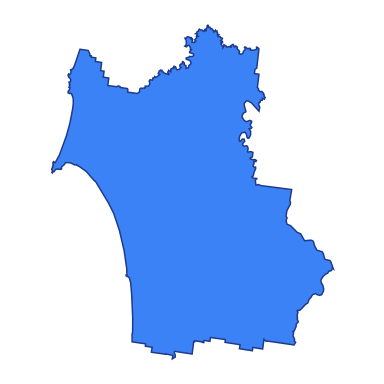 Byron, New South Wales, Australia (Natural Earth projection), rotated 179°
{"feature_id": "25037944B26997804636733", "entity_name": "Byron", "entity_type": "district", "adm_level": 2, "iso_a3": "AUS", "parent_name": "Australia", "parent_adm1": "New South Wales", "projection": "natural_earth1", "projection_center": [153.501, -28.613], "detail": "fine", "context": "isolated", "style": "filled", "palette": "blue", "viewbox_px": 384, "rotation_deg": 179, "n_neighbors": 0, "source": "geoboundaries", "source_scale": "gbopen_adm2", "svg_char_len": 6033}
<svg xmlns="http://www.w3.org/2000/svg" viewBox="0 0 384 384"><g transform="rotate(179 192 192)"><path d="M301.5,336.7L307.4,320.2L309.2,317.0L310.0,316.8L310.2,316.1L311.2,316.3L310.8,314.0L311.7,312.0L312.5,311.4L313.2,312.2L313.9,311.1L313.2,308.8L311.8,307.5L311.2,306.2L311.5,304.7L312.1,304.1L312.5,304.6L312.4,304.1L312.9,304.2L313.1,303.7L312.2,301.7L312.8,301.4L312.4,300.3L313.2,299.0L312.5,298.9L312.2,298.3L313.4,295.2L314.0,295.0L314.1,293.2L312.4,292.5L311.6,292.8L310.7,292.2L309.2,288.0L309.1,283.4L309.8,277.6L312.9,262.9L316.5,250.6L323.8,231.5L328.1,224.0L328.6,223.6L329.8,224.8L330.5,224.1L330.2,221.8L330.5,222.0L330.6,219.8L331.2,219.4L330.9,218.9L331.7,217.8L331.9,216.9L331.0,215.7L331.8,214.0L331.4,213.5L331.1,214.3L329.4,214.8L328.3,216.6L327.1,217.3L322.6,216.9L322.0,217.4L322.5,217.9L321.5,219.8L319.0,221.8L318.3,223.2L317.1,223.6L313.2,223.4L308.8,221.1L307.2,221.4L307.2,221.0L303.8,219.2L297.3,214.3L289.2,204.7L288.5,204.6L276.0,183.0L270.6,171.9L265.2,154.6L260.9,134.6L258.6,116.4L258.5,109.9L259.4,109.9L259.0,109.1L257.0,108.1L256.1,107.0L254.9,102.2L254.1,90.1L253.5,67.5L253.8,53.2L254.4,50.9L254.5,43.2L241.1,41.0L241.3,38.6L234.6,37.5L235.4,32.5L221.1,30.2L221.1,30.6L214.1,29.0L214.6,25.5L211.7,27.2L211.5,29.2L212.6,31.5L212.2,33.0L194.7,30.0L192.9,42.4L191.9,42.2L191.8,43.2L184.2,41.9L184.3,41.5L182.9,41.2L182.6,43.4L176.7,42.4L176.1,46.2L161.2,43.9L161.6,41.1L146.6,38.5L147.3,34.5L134.4,32.2L133.9,35.5L124.1,33.8L122.6,43.5L120.5,41.4L119.0,41.6L92.6,37.3L91.0,39.9L92.3,41.2L92.0,42.8L93.5,46.5L92.8,49.6L93.6,50.8L92.2,51.3L90.2,55.9L90.2,58.0L88.2,59.9L88.1,60.9L89.0,62.6L88.7,64.0L89.1,66.3L88.2,70.0L88.9,71.1L88.6,71.8L87.0,71.7L85.5,72.4L80.6,77.5L78.2,79.0L76.8,82.7L75.0,84.4L73.3,87.2L70.2,88.3L68.6,87.1L66.0,86.5L64.1,87.1L62.3,90.6L62.0,92.7L62.8,96.4L64.2,98.8L64.7,101.3L64.4,102.2L62.5,105.1L60.1,107.4L57.7,108.5L56.6,110.4L54.4,110.8L53.4,111.9L53.0,113.6L52.1,112.8L54.6,120.3L55.4,121.1L59.5,122.1L60.5,122.8L61.8,128.1L62.9,130.0L68.0,131.5L70.4,136.1L71.1,139.2L72.0,141.0L73.9,141.8L80.3,141.3L84.1,148.3L87.6,149.9L94.0,156.6L97.6,158.1L98.4,161.8L97.4,164.6L98.3,165.9L98.3,166.9L97.4,171.8L94.0,177.9L93.7,180.0L94.4,181.5L92.3,192.7L122.9,197.2L125.5,198.3L127.9,197.7L128.5,202.2L128.1,203.4L127.0,203.9L127.0,204.4L130.0,204.7L131.4,205.3L131.9,206.0L130.4,207.1L129.7,210.4L127.9,214.3L128.0,215.8L129.4,215.8L130.5,217.1L130.4,218.0L129.5,219.0L129.6,221.5L127.6,221.3L127.0,222.3L128.2,223.3L131.2,223.3L133.2,224.0L133.2,225.2L131.6,225.5L131.0,226.2L130.4,230.5L132.4,231.4L135.4,230.9L135.7,231.5L135.1,234.6L135.8,236.8L136.6,237.3L139.1,236.7L140.5,238.1L140.4,239.7L138.5,241.7L138.8,243.9L140.8,244.1L142.5,242.0L143.3,241.8L143.7,242.3L143.9,244.1L143.4,246.7L141.8,249.6L140.9,250.4L138.0,250.8L136.7,249.1L135.9,245.3L134.9,244.6L133.8,245.2L132.4,248.1L132.3,251.7L133.8,254.2L132.0,254.4L131.0,255.5L132.0,256.5L132.7,258.3L131.2,260.3L131.2,261.8L133.0,262.6L136.4,261.3L138.6,262.6L140.6,266.0L140.5,267.6L139.0,270.2L137.0,271.0L136.7,271.8L138.1,277.0L138.3,279.5L136.1,282.1L134.6,282.1L131.0,280.1L123.6,271.6L122.8,275.5L123.9,278.5L123.8,279.7L122.4,280.4L122.0,282.4L120.1,282.6L120.0,284.4L118.0,283.5L117.2,285.3L118.2,286.1L118.2,288.0L119.0,288.4L118.7,289.4L120.4,291.3L122.4,291.1L122.9,292.2L123.9,292.7L123.8,294.3L124.8,295.3L123.0,308.6L127.5,309.3L126.9,313.6L125.1,314.7L122.6,333.9L123.7,335.3L124.9,335.7L125.0,333.5L127.7,332.7L131.0,332.8L131.4,333.2L130.9,333.8L131.4,334.7L134.4,334.4L135.5,335.7L136.6,336.1L137.0,335.6L136.3,335.0L136.5,333.5L138.0,331.9L138.8,329.7L140.4,328.8L142.6,329.6L142.0,331.9L144.4,334.5L144.1,336.0L145.8,337.3L146.7,336.3L147.4,336.4L147.8,338.2L148.4,338.9L150.9,337.5L150.9,336.9L150.2,336.3L150.5,335.9L152.5,336.8L154.8,336.3L155.5,337.6L157.5,338.7L157.5,337.3L158.4,335.9L158.4,337.3L159.7,338.0L160.4,339.6L160.3,341.2L159.4,340.4L158.9,341.0L158.9,342.0L160.7,342.8L159.4,343.8L158.9,345.2L160.6,345.8L161.3,347.0L163.2,346.9L163.1,347.8L163.6,348.3L162.5,348.8L163.9,349.5L163.7,350.9L164.2,351.4L164.2,352.5L164.9,352.4L165.6,353.3L165.8,352.3L166.8,352.5L167.3,351.7L167.8,353.3L168.6,353.6L169.3,355.0L170.2,354.6L171.3,356.5L172.5,356.4L172.8,358.3L173.3,358.5L174.0,357.8L173.2,357.5L173.1,356.3L173.9,356.4L175.6,354.4L174.8,353.8L174.9,353.0L175.7,353.0L175.9,354.2L176.6,354.2L177.0,352.7L177.7,352.3L179.2,353.8L181.0,353.9L181.7,354.7L182.6,353.8L182.8,352.6L184.1,352.2L184.5,350.9L185.6,350.2L183.7,349.9L184.5,348.5L183.2,347.5L184.9,347.3L184.6,346.0L186.4,344.4L185.6,343.1L186.5,342.9L186.5,342.0L187.0,341.4L189.4,341.7L188.6,344.6L190.0,346.4L190.6,346.4L190.4,345.3L191.7,346.8L193.4,347.3L194.4,347.0L195.3,345.9L196.4,345.9L195.2,343.8L195.0,341.2L195.5,339.0L196.7,337.9L194.9,337.2L194.1,338.3L192.4,338.8L190.8,335.9L191.2,334.6L190.1,334.2L192.0,332.2L192.0,331.4L188.5,330.2L187.9,329.1L188.0,328.3L189.4,327.4L192.1,327.6L193.0,326.8L195.5,326.1L195.5,325.1L195.0,324.6L192.1,323.7L190.8,322.0L190.9,320.3L192.9,318.5L193.4,316.4L195.8,315.7L195.9,318.5L197.5,319.2L197.5,321.2L198.8,322.6L199.5,322.0L199.5,320.4L201.0,320.1L202.0,319.1L201.7,317.3L200.7,316.7L202.8,314.9L204.2,314.4L205.4,314.8L206.1,317.2L206.8,317.7L207.7,316.4L208.6,316.1L208.5,317.0L209.5,315.6L210.7,315.7L211.2,314.2L211.1,312.6L213.2,314.1L214.1,312.1L213.9,311.3L212.8,310.4L213.2,309.8L217.8,311.4L218.7,312.6L219.8,312.7L219.9,314.2L220.9,314.0L221.9,314.9L221.3,313.9L222.7,313.5L223.7,310.9L222.1,310.1L226.0,307.2L227.4,308.1L227.5,307.2L229.2,306.6L229.1,305.8L229.8,304.5L232.0,305.0L232.9,303.6L232.2,300.7L233.7,298.6L237.0,298.6L236.8,297.3L237.6,296.6L238.0,296.9L239.5,296.5L241.2,296.8L242.4,295.8L242.9,292.7L245.1,291.5L254.6,293.0L254.3,295.6L254.9,296.6L262.2,297.8L262.1,298.7L262.8,299.0L264.1,299.3L265.5,298.6L274.4,299.9L273.2,307.4L278.7,308.4L277.8,314.3L281.2,314.9L280.1,323.1L286.3,324.2L285.8,327.8L290.5,328.6L290.3,329.9L291.8,330.2L291.7,331.9L293.3,335.3L301.5,336.7Z" fill="#3b82f6" stroke="#1e3a8a" stroke-width="1.5"/></g></svg>